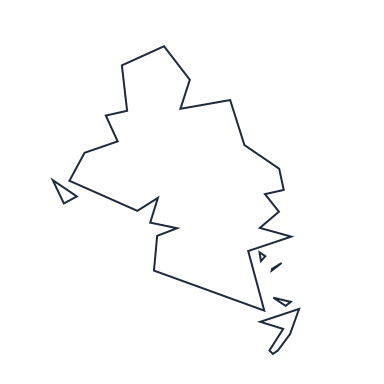 SVG path tracing the border of Schleswig-Holstein, rotated 197°
{"feature_id": "DEU-1579", "entity_name": "Schleswig-Holstein", "entity_type": "State", "adm_level": 1, "iso_a3": "DEU", "parent_name": "Germany", "parent_adm1": "", "projection": "mercator", "projection_center": [9.834, 54.215], "detail": "coarse", "context": "isolated", "style": "outline", "palette": "slate", "viewbox_px": 384, "rotation_deg": 197, "n_neighbors": 0, "source": "natural_earth", "source_scale": "10m", "svg_char_len": 743}
<svg xmlns="http://www.w3.org/2000/svg" viewBox="0 0 384 384"><g transform="rotate(197 192 192)"><path d="M88.2,99.7L205.4,105.7L212.5,139.9L195.7,153.0L223.0,150.5L222.9,176.4L238.8,158.0L312.5,166.9L306.2,198.1L277.9,218.7L296.8,239.9L277.8,250.7L296.1,292.6L261.4,323.2L226.9,298.7L227.4,268.2L182.4,291.1L155.6,252.2L115.4,239.7L104.9,220.8L121.6,211.3L103.1,198.6L116.6,177.5L84.1,178.3L121.0,152.0L88.2,99.7ZM311.2,143.6L328.6,162.6L300.8,154.1L311.2,143.6ZM71.6,63.1L64.8,87.7L88.8,87.8L55.4,111.5L56.7,84.8L63.5,65.6L67.3,60.8L71.6,63.1ZM69.2,110.5L83.3,114.7L65.4,115.8L69.2,110.5ZM105.9,146.1L109.8,154.1L103.1,152.0L105.9,146.1ZM85.6,150.3L92.8,140.1L93.0,141.8L85.6,150.3Z" fill="none" stroke="#1e293b" stroke-width="2"/></g></svg>